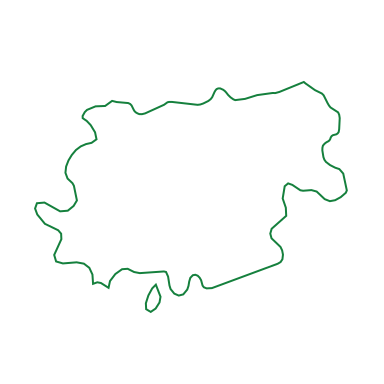 SVG path tracing the border of Benevento, rotated 8°
{"feature_id": "ITA-5398", "entity_name": "Benevento", "entity_type": "Province", "adm_level": 1, "iso_a3": "ITA", "parent_name": "Italy", "parent_adm1": "", "projection": "natural_earth1", "projection_center": [14.764, 41.227], "detail": "fine", "context": "isolated", "style": "outline", "palette": "green", "viewbox_px": 384, "rotation_deg": 8, "n_neighbors": 0, "source": "natural_earth", "source_scale": "10m", "svg_char_len": 2255}
<svg xmlns="http://www.w3.org/2000/svg" viewBox="0 0 384 384"><g transform="rotate(8 192 192)"><path d="M64.1,229.5L71.6,227.8L76.7,222.3L79.2,216.4L74.2,202.3L72.4,199.9L66.9,196.0L64.0,190.6L63.8,184.3L65.3,177.9L67.8,172.1L71.2,166.6L75.5,162.3L80.4,159.3L85.7,157.3L90.1,153.1L87.7,146.4L82.4,139.9L77.9,136.3L73.5,134.1L73.1,132.0L74.7,127.8L76.6,125.3L84.6,120.6L94.0,118.9L100.2,112.9L104.9,113.4L116.5,112.8L118.6,113.5L120.1,114.7L122.9,118.8L123.9,120.0L125.3,121.0L127.0,121.7L128.9,122.2L131.6,121.9L134.6,120.7L152.2,109.5L155.2,106.6L156.7,106.0L159.4,105.6L185.4,104.9L188.0,104.2L190.8,102.8L195.5,99.6L197.6,97.4L198.8,95.3L200.4,89.8L201.1,88.1L202.0,86.7L203.5,85.8L205.5,85.5L208.6,86.4L210.4,87.4L211.9,88.6L214.3,90.9L217.0,92.9L220.1,94.5L222.0,95.0L231.6,92.4L243.0,87.0L257.8,82.8L260.8,82.4L264.7,80.7L287.4,67.5L289.3,68.7L299.6,74.0L306.9,76.4L308.9,77.9L313.8,85.0L315.6,87.3L317.4,89.0L325.6,92.8L327.0,95.0L328.0,98.3L329.0,109.3L328.9,112.2L328.1,113.7L326.9,114.8L323.7,116.1L322.5,117.2L321.8,118.7L321.5,120.4L320.8,121.9L319.8,122.9L318.4,123.9L317.2,125.0L316.1,126.4L315.2,127.9L315.0,130.1L315.3,132.7L317.3,139.2L318.6,141.6L320.5,143.6L324.9,146.1L330.4,148.0L334.7,148.8L339.2,152.7L345.1,168.9L344.4,171.4L340.0,176.4L334.9,180.2L329.8,181.9L324.4,180.6L315.4,174.2L310.0,173.5L301.8,175.3L299.0,175.2L290.4,171.0L286.0,170.1L283.0,173.4L282.7,185.8L287.1,194.5L288.6,202.5L276.0,217.3L275.3,222.3L277.2,226.8L287.3,234.1L289.4,237.3L290.8,241.4L290.9,246.0L289.5,249.0L286.9,251.1L225.1,284.4L219.9,285.4L217.0,284.7L215.5,283.2L213.3,278.1L211.5,275.8L209.3,274.1L206.8,273.5L204.4,274.3L202.3,277.2L201.7,281.1L201.6,285.4L200.9,289.2L197.6,294.6L193.3,296.4L188.6,295.1L184.3,291.1L182.7,287.7L180.1,279.1L177.4,274.8L175.2,274.6L151.6,279.6L145.8,279.3L139.0,277.0L133.5,278.2L127.5,283.9L123.2,291.6L122.7,298.5L114.5,294.8L110.8,294.6L106.8,296.7L104.9,287.6L100.9,281.4L94.9,278.0L87.5,277.7L74.1,280.7L67.1,279.7L64.3,273.5L69.2,256.9L68.2,251.5L64.8,248.5L50.8,244.0L41.9,235.8L38.9,230.2L40.0,224.7L47.4,223.0L64.1,229.5ZM169.1,288.8L175.4,300.1L175.2,305.9L172.2,312.5L167.8,316.5L162.9,314.4L161.8,308.6L163.2,300.5L166.0,293.0L169.1,288.8Z" fill="none" stroke="#15803d" stroke-width="2"/></g></svg>